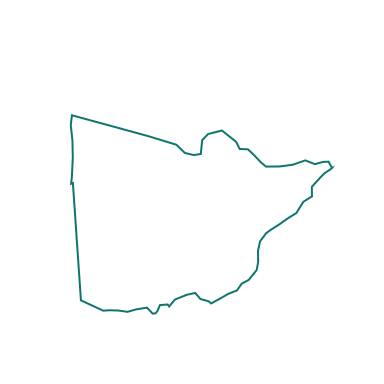 Gerasa, Limassol, Cyprus, rotated 251°
{"feature_id": "46923920B27706584342072", "entity_name": "Gerasa", "entity_type": "district", "adm_level": 2, "iso_a3": "CYP", "parent_name": "Cyprus", "parent_adm1": "Limassol", "projection": "albers", "projection_center": [32.993, 34.805], "detail": "fine", "context": "isolated", "style": "outline", "palette": "teal", "viewbox_px": 384, "rotation_deg": 251, "n_neighbors": 0, "source": "geoboundaries", "source_scale": "gbopen_adm2", "svg_char_len": 995}
<svg xmlns="http://www.w3.org/2000/svg" viewBox="0 0 384 384"><g transform="rotate(251 192 192)"><path d="M125.7,51.7L116.9,60.9L108.7,69.4L107.0,75.7L103.8,84.0L99.7,92.0L99.2,100.9L97.3,111.8L89.8,115.2L89.2,118.1L90.9,120.8L95.5,124.8L93.6,132.3L91.2,133.1L95.9,140.9L96.5,153.7L95.5,162.2L88.1,165.1L83.1,172.3L80.4,173.8L82.0,183.3L83.9,193.4L84.3,202.5L89.2,209.2L90.4,217.0L92.3,220.0L97.2,227.8L104.3,231.8L114.8,235.2L123.2,240.3L128.9,248.7L130.8,255.0L133.1,264.5L136.0,274.3L138.1,283.8L146.5,294.1L148.8,304.0L157.9,307.0L164.0,318.2L166.5,323.2L168.8,331.7L169.2,332.3L169.2,332.2L176.2,331.0L177.8,325.7L178.3,317.3L185.0,309.4L185.0,296.0L187.6,283.2L191.9,270.3L197.4,266.9L206.9,262.6L214.1,258.8L217.2,251.1L225.1,250.1L240.4,240.3L241.6,226.2L237.7,218.5L225.1,212.7L226.3,205.8L231.3,197.9L241.8,192.6L259.0,168.9L303.6,103.5L299.9,101.6L294.5,99.1L279.5,95.7L263.1,90.4L245.3,83.3L239.2,80.4L239.3,82.3L125.7,51.7Z" fill="none" stroke="#0f766e" stroke-width="2"/></g></svg>